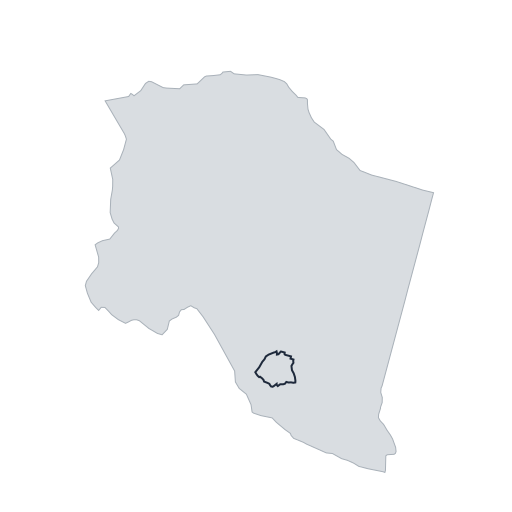 location of Kyenjojo within Uganda, rotated 285°
{"feature_id": "UGA-3107", "entity_name": "Kyenjojo", "entity_type": "District", "adm_level": 1, "iso_a3": "UGA", "parent_name": "Uganda", "parent_adm1": "", "projection": "albers", "projection_center": [30.656, 0.613], "detail": "fine", "context": "in_parent", "style": "outline", "palette": "slate", "viewbox_px": 512, "rotation_deg": 285, "n_neighbors": 0, "source": "natural_earth", "source_scale": "10m", "svg_char_len": 3014}
<svg xmlns="http://www.w3.org/2000/svg" viewBox="0 0 512 512"><g transform="rotate(285 256 256)"><path d="M363.1,411.1L355.9,411.1L344.3,411.2L332.7,411.2L321.1,411.2L309.5,411.3L297.8,411.3L286.2,411.3L274.6,411.3L263.0,411.3L251.4,411.4L239.8,411.4L228.1,411.4L216.5,411.4L204.9,411.4L193.3,411.4L181.7,411.4L170.1,411.4L163.2,411.4L161.8,411.2L160.9,411.0L156.5,411.8L152.0,414.6L147.1,415.8L142.0,415.4L141.3,415.7L138.7,415.6L134.9,415.4L131.5,416.1L128.9,418.7L126.3,422.9L121.5,427.8L117.8,432.2L114.6,435.3L107.3,440.4L103.4,441.9L101.4,441.7L100.2,440.7L98.0,434.2L96.6,433.1L82.5,436.5L80.3,436.5L80.5,434.5L79.5,419.2L79.4,409.8L81.2,403.9L82.3,397.1L82.4,391.1L85.0,381.0L84.0,374.9L87.4,353.4L88.3,350.0L89.6,339.6L91.7,336.4L93.5,335.2L95.9,328.8L100.6,318.7L103.8,313.5L103.1,302.1L103.6,294.3L104.3,292.6L111.1,289.7L120.0,282.5L123.7,274.1L129.0,268.7L139.2,265.2L139.3,265.2L169.5,236.2L183.6,220.6L189.8,212.5L190.0,209.7L191.1,205.9L188.7,203.0L185.7,200.3L184.8,197.8L182.2,196.6L178.6,196.6L176.2,194.8L173.5,191.3L170.8,189.1L162.2,189.3L155.6,185.7L155.7,180.8L158.3,171.2L163.3,160.1L163.5,157.1L162.8,154.5L161.6,152.3L159.4,150.0L157.2,147.4L158.9,139.5L162.0,131.7L164.6,127.8L167.2,123.4L166.4,119.8L162.7,118.1L164.7,114.6L168.7,108.7L176.4,102.8L183.2,98.8L187.7,98.8L196.5,101.9L204.5,105.7L208.9,105.8L214.2,104.3L225.2,97.7L227.8,99.8L231.1,103.8L234.5,110.4L241.5,113.4L244.8,115.5L247.2,116.1L248.5,115.6L251.1,110.4L254.3,107.5L260.2,103.9L273.1,101.0L282.4,100.2L286.3,99.5L292.9,97.8L303.2,92.5L313.4,99.3L324.5,100.6L335.3,100.6L338.5,98.5L340.4,96.9L351.6,85.5L366.8,70.1L377.1,91.7L380.6,93.0L380.1,94.8L379.2,96.7L385.9,101.9L394.1,104.6L397.0,107.2L397.3,110.1L394.6,122.8L395.1,126.4L397.8,139.0L402.6,141.9L407.0,154.6L415.8,160.0L417.0,161.5L419.1,167.7L421.8,174.5L423.9,176.0L425.1,176.4L427.8,183.6L426.3,187.7L428.3,199.9L431.7,210.9L432.6,224.0L432.6,229.7L432.5,233.3L431.8,238.2L430.3,241.1L427.5,243.9L424.4,248.3L421.7,253.1L420.0,255.4L421.4,262.5L421.1,264.3L420.3,265.2L416.4,266.3L411.3,268.2L408.3,270.1L403.9,273.7L400.4,277.6L395.8,289.0L388.2,298.0L386.9,300.9L379.6,306.2L376.4,312.8L374.4,320.8L371.6,326.5L365.5,334.4L364.1,346.9L364.3,371.7L362.8,400.0L363.1,411.1Z" fill="#d9dde1" stroke="#a8b0b8" stroke-width="1"/><path d="M137.8,309.0L135.0,306.9L134.0,305.9L133.9,304.3L135.0,302.9L136.0,302.0L136.4,300.0L136.8,296.3L138.3,295.3L139.5,293.4L140.4,291.2L140.0,290.9L139.8,290.4L140.8,288.5L142.1,286.9L143.6,285.4L149.3,287.9L155.5,289.5L158.4,290.9L161.5,291.5L164.0,293.7L167.3,298.1L168.1,299.5L169.2,300.5L167.5,301.4L166.2,301.7L166.9,303.1L169.1,304.2L170.2,304.8L170.2,308.7L168.7,308.9L168.1,309.8L168.1,315.8L165.8,315.9L165.7,319.0L164.3,319.1L162.5,319.8L160.9,319.2L159.0,318.7L157.2,319.4L155.0,320.3L152.4,322.8L149.2,324.9L145.6,326.4L144.0,326.7L143.2,324.9L143.0,322.5L142.2,320.1L142.2,317.9L140.1,317.0L139.1,315.4L138.4,312.6L136.0,310.7L136.9,309.3L137.8,309.0Z" fill="none" stroke="#1e293b" stroke-width="2"/></g></svg>